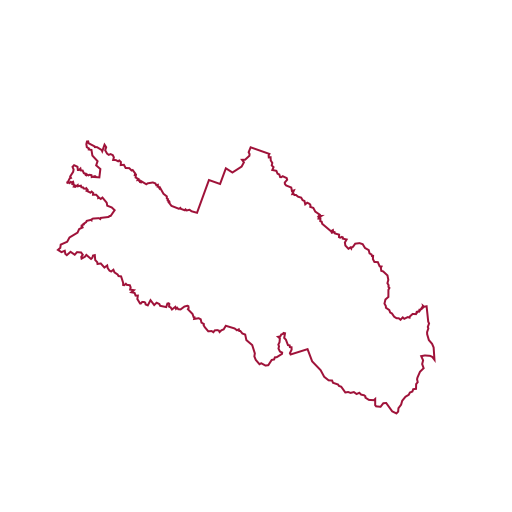 San Miguel de Los Bancos, Pichincha, Ecuador, rotated 20°
{"feature_id": "8360857B83571898768339", "entity_name": "San Miguel de Los Bancos", "entity_type": "district", "adm_level": 2, "iso_a3": "ECU", "parent_name": "Ecuador", "parent_adm1": "Pichincha", "projection": "robinson", "projection_center": [-78.969, -0.02], "detail": "fine", "context": "isolated", "style": "outline", "palette": "rose", "viewbox_px": 512, "rotation_deg": 20, "n_neighbors": 0, "source": "geoboundaries", "source_scale": "gbopen_adm2", "svg_char_len": 6036}
<svg xmlns="http://www.w3.org/2000/svg" viewBox="0 0 512 512"><g transform="rotate(20 256 256)"><path d="M75.6,203.2L75.7,210.2L74.7,209.2L69.4,208.1L67.3,208.8L66.9,208.2L60.1,207.3L59.1,205.7L58.0,206.2L58.3,208.9L59.8,211.6L62.2,212.1L62.4,213.1L65.1,212.6L67.9,217.6L74.7,221.1L74.8,225.5L80.0,227.5L81.9,235.7L77.7,236.9L78.1,236.2L77.4,236.0L74.6,238.0L73.7,236.3L71.6,236.7L70.9,237.6L69.4,237.2L69.1,237.9L68.4,237.2L68.0,237.9L67.0,236.9L65.9,237.1L63.9,235.0L62.1,235.5L61.1,233.9L60.2,235.8L59.2,236.1L57.7,233.2L54.0,232.9L53.1,235.0L55.0,237.1L55.4,239.5L54.2,244.8L55.4,245.9L54.4,246.6L53.9,251.1L52.8,251.6L54.1,251.7L54.4,250.5L55.9,251.2L56.6,249.7L57.6,250.0L58.7,248.8L59.6,250.1L59.0,251.2L61.7,251.6L61.2,253.1L62.5,252.9L64.2,250.3L64.8,251.4L67.4,249.8L68.4,251.1L70.1,250.7L70.9,251.5L72.9,251.1L73.3,250.3L75.2,251.5L74.6,252.7L78.8,253.1L79.5,251.7L81.5,252.5L81.9,254.2L84.8,253.1L87.5,254.4L87.9,255.5L88.6,254.9L90.6,255.5L91.7,253.6L97.5,257.0L99.0,259.6L103.8,259.7L107.5,261.3L105.7,268.1L104.6,268.6L104.2,269.7L97.1,273.3L97.0,274.5L95.4,274.2L90.0,276.6L89.0,277.8L89.2,278.7L88.5,278.5L84.9,280.9L84.8,282.3L82.9,284.9L83.3,285.3L81.7,287.0L82.0,288.0L82.5,287.6L83.3,288.5L80.6,291.2L80.3,295.1L74.4,302.4L73.7,307.2L68.6,312.1L69.3,315.3L67.8,318.0L71.9,318.9L74.5,316.5L76.1,319.2L77.9,319.9L80.3,315.5L85.2,316.8L86.5,313.6L90.4,312.5L92.8,314.1L92.1,316.6L93.0,318.1L95.5,315.2L96.2,313.0L102.0,315.2L102.8,313.6L102.7,311.3L104.2,310.3L106.3,314.8L108.9,316.1L109.8,317.7L112.7,316.1L117.5,318.7L119.4,315.8L120.8,318.1L123.4,319.9L125.2,320.1L126.7,317.7L128.6,319.8L132.3,320.7L133.7,321.9L136.2,321.3L140.3,326.6L141.1,328.7L142.2,328.5L143.2,326.6L144.5,327.3L147.4,326.6L148.9,328.3L149.2,330.6L152.9,329.9L151.3,332.7L154.5,332.2L156.4,334.4L158.5,333.6L159.2,337.0L163.3,340.3L164.0,340.1L164.8,338.1L166.7,337.5L167.8,337.7L168.9,339.3L171.2,339.4L172.0,333.6L177.1,336.9L178.6,333.9L181.6,334.2L183.0,335.6L189.1,334.7L189.0,331.0L190.0,330.3L190.9,330.6L191.6,333.3L193.4,333.5L195.3,335.0L197.6,331.4L198.9,333.0L199.6,331.6L201.2,332.6L203.4,332.0L206.0,328.0L208.6,326.2L209.6,326.3L210.5,327.9L210.2,329.3L216.2,332.2L218.3,334.8L219.2,334.7L219.4,336.3L223.4,334.1L225.7,334.4L227.5,337.2L230.3,337.8L230.5,339.0L232.2,340.4L236.9,343.1L240.0,341.7L242.0,342.2L242.7,340.0L245.0,338.9L246.6,338.8L247.8,339.9L248.9,337.6L250.7,336.0L251.5,331.9L260.7,331.4L263.5,332.3L264.9,330.8L265.9,332.2L266.9,331.8L269.7,333.5L272.7,333.5L275.7,338.3L282.9,341.0L288.2,347.9L288.8,350.9L291.3,353.7L296.3,356.5L297.6,355.0L302.4,355.7L304.9,354.4L306.3,348.3L308.4,347.0L308.4,344.8L310.1,344.0L313.9,339.1L313.6,337.8L311.2,337.6L308.8,335.3L308.5,333.0L307.3,331.6L307.6,329.0L306.6,325.3L304.4,324.4L306.3,323.3L306.6,321.1L308.0,320.0L308.2,318.9L309.7,318.7L310.5,323.3L312.7,324.4L316.5,328.8L318.2,328.5L319.0,330.0L320.6,329.6L321.5,331.9L321.1,335.7L322.2,336.7L336.3,325.9L344.8,335.8L355.8,341.2L361.4,346.2L366.8,348.0L370.1,347.0L371.7,348.8L377.1,348.7L378.3,349.7L380.8,349.7L386.6,353.7L389.1,352.3L391.7,352.3L394.5,350.4L397.7,351.3L399.9,349.2L402.2,350.3L405.2,349.9L406.7,350.4L407.3,351.7L411.3,352.6L416.0,351.2L416.9,349.6L419.0,355.4L420.3,356.2L424.6,355.1L426.0,350.8L428.6,349.6L437.1,355.4L441.8,355.9L442.8,353.6L441.9,350.3L443.2,346.1L442.9,342.0L444.6,337.1L447.0,334.2L447.3,331.7L449.3,329.9L449.3,327.4L451.8,326.1L450.3,321.6L451.1,319.3L449.5,316.7L449.3,315.1L449.7,308.7L451.9,304.1L449.1,300.7L448.7,296.9L445.5,293.6L448.7,291.7L453.7,290.3L456.1,290.5L459.2,292.5L454.2,281.2L451.5,278.3L447.2,275.9L443.6,271.0L442.8,269.0L442.7,265.1L441.7,263.9L441.7,260.2L440.3,258.8L433.5,244.9L431.3,246.2L430.0,245.7L430.8,247.0L430.1,248.4L429.6,247.7L428.7,251.1L427.9,249.8L428.1,252.6L427.1,252.8L426.7,254.1L426.1,252.7L426.2,255.9L423.0,256.9L421.2,260.3L421.4,261.4L419.5,261.5L416.8,264.3L414.9,263.5L413.6,266.5L411.5,265.7L409.3,266.4L406.6,265.8L403.4,263.5L401.4,263.2L399.7,261.2L395.8,260.2L395.1,258.6L393.0,256.8L392.5,252.6L394.4,249.2L392.0,242.5L392.3,240.4L391.0,239.7L390.6,238.1L388.8,236.6L388.5,233.2L386.2,229.3L380.8,227.0L378.8,227.1L377.3,224.3L377.5,223.0L375.7,223.4L372.6,220.1L369.3,221.1L366.9,218.9L366.0,215.9L365.0,216.4L364.1,215.1L361.8,214.7L359.9,211.9L355.7,211.2L352.2,208.4L348.9,208.5L345.0,210.5L344.0,214.2L342.9,215.1L343.0,216.4L341.8,215.6L340.4,217.6L336.4,215.6L334.9,212.9L335.5,209.5L331.6,210.0L331.2,208.8L330.1,208.7L328.8,210.0L327.5,209.9L326.8,207.5L322.4,207.8L321.6,206.7L319.3,208.2L318.9,207.8L319.9,206.4L319.4,205.4L318.0,207.1L307.2,203.1L306.0,201.3L304.5,201.3L303.7,198.8L301.9,199.5L301.7,198.5L303.6,196.1L301.3,197.0L301.8,195.4L296.5,194.0L293.4,191.2L290.2,191.3L289.8,189.6L288.5,188.7L285.9,188.4L284.6,190.6L282.7,187.7L280.7,187.6L278.5,185.7L275.3,185.9L272.7,185.0L271.2,185.6L270.2,184.8L269.0,185.4L269.2,181.4L267.6,182.7L265.7,179.6L260.1,179.4L258.5,178.4L257.9,177.1L259.2,173.7L258.2,172.3L253.8,171.9L252.8,173.3L251.7,173.6L250.0,171.4L248.1,171.3L246.0,169.0L241.9,169.6L242.1,166.5L239.8,165.5L239.5,163.0L237.2,161.2L235.9,158.2L234.3,159.0L233.5,157.3L233.7,155.5L213.8,155.7L213.6,161.0L215.1,162.4L215.5,164.1L212.8,169.3L210.0,170.4L212.6,172.1L211.9,176.9L205.3,185.6L197.7,183.9L197.6,200.6L185.8,200.7L185.8,235.6L180.1,236.0L177.7,235.3L175.3,236.9L173.8,236.3L173.5,237.4L169.1,237.4L168.5,236.7L167.4,238.0L159.4,237.8L155.6,235.4L156.2,234.8L155.7,234.2L154.0,234.0L153.9,232.7L152.5,232.4L151.8,230.5L147.8,229.2L142.4,224.6L142.2,225.5L140.7,224.2L139.9,224.5L139.4,222.7L138.1,223.6L136.6,222.2L133.9,222.2L129.3,224.8L128.4,226.1L122.8,225.0L122.8,226.1L121.7,226.2L120.9,224.8L120.1,225.2L119.7,224.3L118.7,225.0L118.7,223.8L116.0,223.4L115.4,220.8L114.4,221.3L114.2,219.7L110.7,217.4L109.8,218.2L106.9,216.8L103.4,217.9L100.7,215.5L97.8,216.8L96.9,213.9L94.8,213.0L94.1,214.2L91.5,213.8L88.9,214.6L88.7,211.9L86.9,210.2L84.5,210.0L83.0,211.3L81.0,210.7L78.1,208.2L78.0,205.0L75.6,203.2Z" fill="none" stroke="#9f1239" stroke-width="2"/></g></svg>